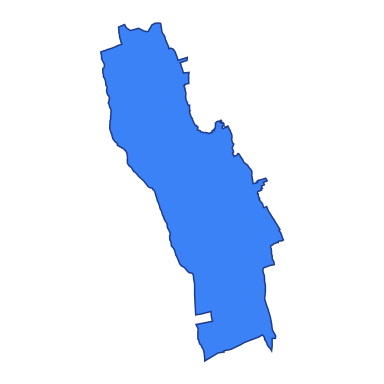 outline of Gherghesti, Vaslui, Romania
{"feature_id": "2599482B70910765176420", "entity_name": "Gherghesti", "entity_type": "district", "adm_level": 2, "iso_a3": "ROU", "parent_name": "Romania", "parent_adm1": "Vaslui", "projection": "equal_earth", "projection_center": [27.522, 46.523], "detail": "fine", "context": "isolated", "style": "filled", "palette": "blue", "viewbox_px": 384, "rotation_deg": 0, "n_neighbors": 0, "source": "geoboundaries", "source_scale": "gbopen_adm2", "svg_char_len": 6007}
<svg xmlns="http://www.w3.org/2000/svg" viewBox="0 0 384 384"><path d="M275.4,338.4L275.6,337.0L275.5,335.6L275.2,334.8L272.7,330.7L272.1,328.0L271.5,323.1L270.3,317.0L267.9,308.8L266.7,305.7L264.6,298.8L265.4,291.3L265.4,285.7L264.6,281.2L264.4,276.5L264.0,274.5L263.4,273.1L263.0,271.5L263.0,269.5L263.2,268.4L263.5,267.9L269.7,265.6L274.3,264.6L273.8,261.6L272.9,260.2L272.2,258.4L272.2,255.9L271.4,253.3L271.6,252.3L271.2,248.6L270.6,247.3L270.8,245.8L273.0,244.7L273.7,243.8L275.7,243.2L276.6,242.4L278.2,242.6L278.4,241.5L278.8,241.1L280.1,240.9L281.5,241.0L282.1,240.8L283.3,240.1L283.3,239.5L282.4,237.7L280.9,233.2L279.9,231.6L278.9,230.6L280.0,229.6L276.3,223.5L275.2,222.0L275.2,221.7L274.4,220.5L274.3,220.0L273.1,218.4L272.7,218.3L272.4,217.3L268.3,210.8L266.9,207.4L266.8,206.8L266.7,206.6L263.9,207.7L262.9,205.8L262.8,204.6L262.5,203.7L259.0,199.6L259.8,198.8L259.2,198.0L259.1,197.4L258.3,196.2L258.2,195.6L258.3,194.1L257.8,194.1L257.7,193.5L257.3,193.0L257.8,191.6L261.4,190.2L260.9,189.0L262.4,188.5L261.4,186.1L264.3,184.8L263.4,182.4L267.2,180.8L265.7,178.2L262.5,179.3L257.5,180.6L257.7,181.7L256.6,182.0L257.1,182.7L253.1,183.7L252.1,176.9L251.7,176.0L251.9,173.7L251.8,171.1L251.3,170.2L249.1,167.5L247.6,165.2L245.1,163.2L244.4,162.9L243.7,162.1L242.5,159.2L241.6,158.3L241.0,157.0L240.4,156.5L240.1,156.0L239.9,155.3L238.8,153.8L238.3,153.5L237.7,153.6L237.0,155.2L236.7,155.4L234.6,156.0L234.0,156.5L233.4,154.8L232.6,153.8L232.5,153.3L233.5,152.4L233.4,152.0L233.4,150.9L232.1,148.2L233.8,144.1L232.9,143.2L232.3,142.1L231.9,140.6L231.7,139.2L232.0,137.5L231.8,134.8L230.9,132.5L230.3,131.4L230.4,130.8L228.9,128.5L228.7,127.6L227.8,126.0L226.6,126.6L226.4,126.8L226.5,127.2L226.0,127.4L225.9,127.0L225.6,126.9L224.3,128.0L222.8,128.7L222.2,127.9L222.1,127.1L222.7,125.9L224.1,125.8L223.8,123.6L223.6,123.1L223.0,122.8L222.7,123.0L222.6,123.4L221.8,123.3L221.7,121.3L221.0,120.2L220.4,120.4L220.3,122.1L220.0,123.0L219.9,122.2L219.5,121.3L218.5,121.1L216.8,121.7L215.6,123.0L215.4,123.2L215.5,126.1L215.3,127.2L215.1,127.3L215.0,127.8L215.0,128.7L214.9,128.9L214.0,129.2L214.0,129.9L214.3,130.6L214.1,130.7L213.9,130.8L213.7,130.4L212.9,130.3L212.0,130.9L212.4,133.0L212.1,132.6L211.5,132.5L210.3,132.8L210.0,132.9L209.9,133.4L209.2,133.6L207.6,132.9L206.8,133.0L206.3,132.6L202.9,132.5L202.4,132.0L201.5,132.1L200.3,131.5L200.2,130.7L197.3,129.8L197.3,129.5L197.6,128.9L197.6,128.4L197.9,127.9L197.9,126.9L197.5,126.6L196.9,126.6L196.8,126.1L196.4,125.5L195.4,125.6L194.7,124.2L193.6,122.3L192.4,119.2L192.3,118.4L191.4,117.5L190.6,115.7L190.5,114.7L189.6,112.6L189.5,111.3L190.0,111.0L190.1,110.5L189.7,109.9L189.5,108.0L189.6,107.1L189.4,106.5L189.6,105.2L188.7,105.1L188.0,105.2L187.5,103.9L187.5,102.5L186.9,101.9L186.0,99.5L185.7,98.2L185.9,97.6L185.5,97.0L185.8,95.6L185.8,92.5L185.2,90.5L185.2,89.3L184.7,88.8L184.9,88.4L184.8,88.0L183.9,85.7L184.8,85.3L184.6,84.8L184.7,84.4L187.4,83.7L188.8,83.5L188.6,79.3L188.8,77.6L188.5,75.7L188.8,73.9L189.1,73.0L189.0,72.4L183.3,73.0L183.1,71.9L182.3,69.0L181.5,67.1L180.9,64.4L180.5,63.4L180.0,62.9L183.1,61.7L187.0,60.5L187.3,57.4L178.0,60.3L177.1,57.1L175.8,53.7L174.9,51.5L173.8,49.9L173.0,49.0L171.3,48.3L170.1,48.2L169.1,48.9L168.8,48.8L168.6,46.8L165.6,39.9L164.8,36.8L164.1,35.3L162.2,32.7L161.9,31.6L160.8,23.9L160.5,23.3L157.4,23.0L154.9,23.3L151.7,25.1L150.6,27.5L149.5,28.9L148.4,31.1L148.0,31.5L147.3,31.7L144.0,31.0L138.7,28.3L130.7,30.5L130.3,30.5L126.4,27.9L125.9,27.1L125.0,25.1L124.5,24.5L118.5,27.1L118.9,30.8L118.8,32.2L119.4,34.4L119.7,37.3L120.3,39.5L121.1,41.7L120.9,42.0L121.2,42.4L121.8,44.3L118.2,45.4L115.3,46.8L112.2,48.1L107.6,49.5L105.2,50.5L103.5,50.9L100.7,52.1L101.5,55.5L101.6,58.8L104.1,63.8L104.5,65.3L104.2,67.1L103.8,67.7L102.9,68.5L102.7,69.5L102.9,71.6L102.8,72.8L103.4,74.4L103.4,76.5L103.8,77.4L104.5,78.3L105.3,80.2L105.9,84.5L105.8,85.2L106.7,86.1L107.2,87.9L106.5,89.9L106.8,91.4L107.0,93.0L107.5,93.9L107.4,94.3L108.3,95.5L108.7,95.7L109.4,97.7L109.4,98.9L109.0,99.7L109.3,100.5L108.4,102.3L108.3,103.2L109.1,104.4L109.7,107.1L110.2,108.3L111.1,109.6L111.2,110.5L110.8,112.1L111.1,113.9L110.6,116.4L110.7,118.9L110.0,121.1L110.0,122.5L110.2,123.7L109.9,124.3L109.7,125.3L109.9,125.9L109.7,127.9L109.9,129.2L110.9,132.4L111.8,134.4L112.2,136.8L112.7,137.4L112.7,138.3L113.0,138.7L113.2,139.3L114.5,140.9L114.6,141.3L116.9,143.1L117.2,143.8L117.4,145.4L119.3,146.2L119.5,146.6L120.0,146.9L121.1,147.2L121.6,147.9L122.7,148.1L123.2,148.4L124.2,149.2L124.3,149.7L125.3,150.3L125.4,150.7L125.8,151.0L126.0,151.6L126.9,153.0L127.0,154.3L127.3,155.5L127.5,157.4L127.3,159.7L127.5,163.6L128.7,164.9L128.9,165.6L131.4,167.6L133.2,170.7L133.8,171.5L135.9,172.9L138.7,176.4L143.7,180.9L148.3,186.8L149.6,187.5L151.0,187.9L151.9,188.0L152.9,189.5L154.1,190.3L155.0,192.3L155.4,193.5L155.4,193.9L155.7,194.6L155.8,195.6L156.7,197.8L157.3,200.5L159.1,204.6L160.1,208.6L161.4,210.9L162.8,215.8L163.9,217.2L163.9,218.5L165.5,221.4L167.0,223.6L167.3,226.9L167.6,227.9L169.3,231.1L170.4,233.8L170.3,234.6L169.7,235.4L169.6,236.9L169.8,238.1L169.7,238.5L169.8,239.9L170.8,241.5L171.1,243.6L171.3,243.9L171.2,244.6L171.4,245.1L171.3,245.6L171.5,246.1L172.8,247.4L174.5,249.9L176.0,255.5L176.8,256.6L178.7,261.1L179.3,262.8L179.9,264.0L181.7,266.1L183.5,266.9L184.8,267.9L187.9,271.7L189.1,272.6L190.2,273.0L191.3,273.0L192.1,273.2L193.1,274.6L193.4,275.4L193.7,279.6L194.4,282.4L194.6,284.8L194.6,294.2L195.7,314.9L201.2,314.0L210.9,311.5L211.4,316.6L212.5,321.3L196.0,324.5L197.7,327.8L198.2,329.2L197.9,331.5L197.9,338.9L198.8,340.2L199.1,342.2L199.9,344.2L200.7,344.4L201.7,346.8L203.4,349.7L204.2,353.2L204.7,358.0L204.7,361.0L218.2,352.9L224.1,352.0L223.9,351.2L224.0,350.7L229.0,349.8L231.7,349.0L240.2,344.9L244.4,342.5L259.0,336.9L262.3,334.9L263.7,336.3L264.4,337.6L264.5,338.3L264.9,338.7L264.7,339.3L265.0,340.2L265.8,341.0L266.2,341.7L267.6,345.6L268.5,346.3L269.1,347.4L270.6,348.9L271.6,350.7L272.2,345.7L272.1,338.5L275.4,338.4Z" fill="#3b82f6" stroke="#1e3a8a" stroke-width="1.5"/></svg>